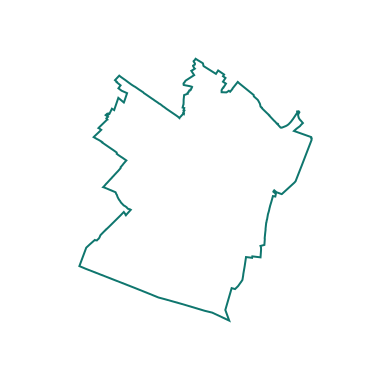 Westland, Zuid-Holland, Netherlands (orthographic projection), rotated 251°
{"feature_id": "6326949B68142534510044", "entity_name": "Westland", "entity_type": "district", "adm_level": 2, "iso_a3": "NLD", "parent_name": "Netherlands", "parent_adm1": "Zuid-Holland", "projection": "orthographic", "projection_center": [4.25, 52.001], "detail": "fine", "context": "isolated", "style": "outline", "palette": "teal", "viewbox_px": 384, "rotation_deg": 251, "n_neighbors": 0, "source": "geoboundaries", "source_scale": "gbopen_adm2", "svg_char_len": 5660}
<svg xmlns="http://www.w3.org/2000/svg" viewBox="0 0 384 384"><g transform="rotate(251 192 192)"><path d="M158.6,61.4L154.1,66.4L120.4,106.1L109.6,118.6L103.2,125.9L99.3,131.7L89.6,145.7L75.5,165.4L71.4,171.8L58.3,185.3L69.6,185.1L88.2,198.2L86.2,201.1L87.9,204.7L88.0,204.9L91.7,210.1L92.3,210.8L92.4,211.0L92.9,211.3L96.4,213.2L97.9,213.9L104.8,217.7L112.9,221.9L111.6,224.6L110.2,227.4L111.5,228.1L107.9,235.5L109.5,236.2L114.9,238.5L117.1,239.2L118.1,239.2L118.7,239.2L118.4,243.2L124.0,245.6L124.5,245.6L129.7,248.0L132.6,249.4L132.9,249.4L137.8,251.7L138.7,252.1L138.8,252.3L141.3,253.7L141.4,253.9L142.1,254.3L145.2,256.0L146.3,256.6L147.8,257.7L148.8,258.4L150.2,259.3L151.6,260.1L151.8,260.3L153.4,261.3L157.0,263.9L161.8,267.2L160.6,269.3L161.4,269.8L162.4,270.4L162.5,270.4L163.2,270.8L163.4,270.5L163.7,270.3L164.0,270.1L165.8,269.0L166.0,269.1L166.4,269.7L166.8,270.3L164.3,271.8L160.8,276.1L160.8,276.3L167.5,291.8L168.4,293.4L180.4,303.6L180.5,303.7L202.4,322.1L204.9,322.3L204.7,322.6L205.1,322.6L216.5,308.3L216.9,309.2L217.8,311.4L218.7,314.2L218.8,314.6L219.2,315.7L219.5,316.1L219.9,316.8L220.2,317.3L220.3,317.6L220.4,317.8L220.9,318.9L221.1,319.3L222.1,318.9L223.9,318.2L225.4,317.5L225.8,317.4L226.7,317.2L227.3,317.1L228.1,317.1L228.9,317.2L229.4,317.2L230.1,317.4L230.6,317.5L230.9,317.8L232.5,319.5L233.6,319.1L233.9,317.6L232.7,317.3L228.0,311.1L227.7,310.6L226.7,309.2L225.9,307.9L225.3,306.7L224.8,305.8L224.3,304.5L224.1,303.8L223.8,302.2L223.6,298.1L224.0,297.1L223.9,297.0L224.1,296.7L227.6,295.2L228.3,295.5L228.6,295.3L228.4,294.9L228.5,294.7L231.7,293.4L232.5,292.9L236.5,291.1L239.4,289.8L239.5,290.0L242.1,288.6L247.6,285.8L249.1,285.2L249.2,285.4L250.5,284.6L251.8,284.8L252.9,284.9L253.8,284.9L254.8,284.7L256.7,284.4L257.6,284.2L258.2,283.9L262.1,281.7L262.4,281.6L263.6,281.9L279.6,271.9L280.8,271.4L281.2,271.1L280.9,270.7L276.6,263.9L276.2,263.7L274.4,260.7L275.7,259.8L275.0,257.2L275.0,256.9L276.7,252.5L278.6,253.1L279.9,254.5L280.8,255.8L280.6,255.9L283.4,259.4L286.2,257.2L288.9,260.8L291.4,259.0L292.6,260.6L298.4,256.3L295.9,253.1L307.2,244.0L307.5,243.9L309.9,244.2L310.3,244.1L313.7,241.3L314.6,240.5L316.8,238.8L315.8,237.5L315.3,236.2L315.0,236.0L314.9,236.0L312.7,236.6L312.4,236.6L311.6,236.2L311.1,234.1L310.8,234.0L308.1,234.6L307.7,234.8L307.4,233.5L307.3,233.4L306.8,230.8L301.8,232.1L299.5,222.7L299.3,222.1L298.8,221.4L298.6,221.0L298.4,220.9L298.1,220.7L297.9,220.4L297.8,220.1L297.7,219.7L297.4,219.4L297.1,219.2L296.7,219.1L295.9,219.0L294.7,221.0L293.0,224.0L292.4,224.9L291.6,226.1L291.3,226.3L291.0,226.0L290.3,225.4L289.8,224.9L289.6,224.6L289.2,224.3L289.1,224.2L289.3,223.9L288.6,223.1L288.9,222.6L288.4,222.0L287.9,221.3L287.6,221.3L287.0,220.0L286.3,220.0L286.3,219.3L286.2,216.1L281.9,214.1L281.3,213.9L279.7,213.3L279.0,213.1L278.4,212.8L277.8,212.5L277.6,212.5L277.3,212.2L276.1,211.4L274.9,210.6L273.9,212.0L272.0,210.6L271.5,211.3L269.8,209.5L269.1,210.1L268.2,209.6L268.7,209.1L268.2,208.0L267.2,206.2L266.3,204.4L266.0,204.2L266.8,203.7L267.5,203.4L267.9,203.1L269.2,202.2L279.0,194.9L281.7,193.1L282.5,192.4L282.9,192.2L283.8,191.6L284.2,191.4L285.6,190.4L286.1,189.9L286.4,189.6L286.9,189.3L287.1,189.2L287.4,188.9L287.8,188.7L288.3,188.3L290.8,186.4L291.0,186.2L291.6,185.9L292.0,185.6L293.0,184.8L296.4,182.3L300.2,179.5L300.7,179.1L301.0,178.8L301.2,178.7L302.0,178.4L302.3,178.2L302.9,177.8L303.4,177.3L304.3,176.7L305.4,175.8L306.6,174.9L308.8,173.3L310.0,172.4L311.1,171.4L313.4,169.6L315.7,168.0L317.0,167.1L318.8,165.9L319.7,165.3L320.2,164.9L324.1,162.1L325.7,161.1L322.8,155.6L320.6,156.8L320.4,156.5L316.1,159.2L314.0,156.2L310.7,158.4L306.6,162.8L299.1,157.0L298.8,156.7L305.0,153.0L295.1,145.3L294.8,145.1L296.4,143.7L296.8,143.4L293.7,140.3L292.7,139.3L293.3,138.7L293.0,138.3L292.5,137.9L293.6,137.5L293.6,137.2L293.2,136.4L292.8,135.4L291.8,136.1L291.0,136.6L290.7,136.8L290.4,137.0L289.5,135.0L288.1,135.5L288.1,135.4L286.9,132.8L285.4,129.6L283.2,124.9L283.2,125.0L282.9,124.4L282.4,124.9L280.3,126.4L279.2,124.1L277.4,120.1L276.5,118.1L275.9,116.9L272.9,119.5L271.9,120.5L269.3,122.7L269.2,122.8L268.9,123.0L268.9,122.9L268.6,122.8L267.6,123.5L262.9,127.0L260.2,129.0L257.4,131.1L253.9,133.6L253.5,133.5L253.0,133.5L252.5,133.6L252.4,133.4L250.9,134.4L250.4,134.8L248.4,136.3L246.5,137.8L246.3,137.9L244.7,139.1L243.2,140.2L242.7,139.3L242.3,138.6L241.6,137.4L241.1,136.5L240.0,134.9L239.5,133.9L239.2,133.6L238.9,132.9L238.8,132.7L238.6,132.5L238.3,132.5L238.2,132.5L238.0,132.4L237.9,132.3L237.7,132.1L237.2,131.2L236.1,129.3L235.6,128.4L235.0,127.2L234.3,125.9L234.1,125.6L233.7,124.7L233.2,123.9L232.3,122.2L232.2,121.8L232.1,121.7L231.7,121.2L231.3,120.3L231.1,120.1L230.8,119.4L230.5,118.8L228.2,114.6L227.8,113.7L227.1,112.5L226.6,111.7L226.1,110.8L225.8,110.2L225.5,109.6L225.0,110.3L224.3,111.1L216.7,119.6L215.8,119.7L215.4,119.7L215.0,119.7L214.5,119.8L213.9,120.0L213.0,120.0L211.6,120.0L210.8,120.1L210.1,120.2L209.8,120.3L209.4,120.3L207.8,120.7L207.1,121.0L206.7,121.1L205.6,121.3L205.3,121.4L204.4,121.7L204.2,121.8L203.8,122.1L203.0,122.4L202.2,122.8L201.6,123.0L201.4,123.2L201.1,123.5L200.6,123.9L200.3,124.2L199.4,124.8L198.9,125.2L198.6,125.3L198.0,125.5L197.1,125.9L196.8,126.3L196.3,127.0L195.7,127.8L195.1,128.3L192.8,124.1L191.9,122.5L191.5,121.9L192.1,121.7L192.5,121.7L193.1,121.7L193.4,121.6L193.7,121.5L195.3,121.0L193.2,116.9L186.0,101.9L185.5,100.8L184.2,98.0L184.3,98.0L182.8,95.0L182.1,93.6L181.6,92.6L181.1,91.6L180.6,91.0L179.9,90.4L179.0,89.6L178.1,88.3L178.1,88.2L177.7,87.2L177.2,86.3L177.8,85.0L178.3,84.5L177.1,81.6L175.7,78.2L174.5,75.5L173.8,73.9L158.6,61.4Z" fill="none" stroke="#0f766e" stroke-width="2"/></g></svg>